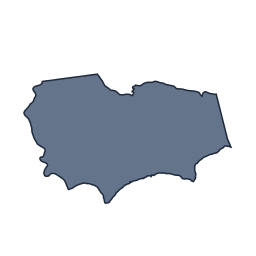 Saphire, Laborie, Saint Lucia, rotated 341°
{"feature_id": "8701671B62248544319556", "entity_name": "Saphire", "entity_type": "district", "adm_level": 2, "iso_a3": "LCA", "parent_name": "Saint Lucia", "parent_adm1": "Laborie", "projection": "orthographic", "projection_center": [-61.013, 13.757], "detail": "fine", "context": "isolated", "style": "filled", "palette": "slate", "viewbox_px": 256, "rotation_deg": 341, "n_neighbors": 0, "source": "geoboundaries", "source_scale": "gbopen_adm2", "svg_char_len": 5814}
<svg xmlns="http://www.w3.org/2000/svg" viewBox="0 0 256 256"><g transform="rotate(341 128 128)"><path d="M222.4,124.7L220.7,124.3L219.0,123.2L216.6,122.0L215.2,120.8L214.8,120.4L213.8,119.6L213.3,119.0L212.8,118.8L211.3,119.0L210.9,119.1L209.9,120.0L209.4,120.5L208.8,121.4L208.2,122.1L207.9,121.3L207.4,120.5L207.2,119.4L206.8,117.8L206.5,117.4L206.3,117.2L205.8,116.8L203.2,115.0L202.1,114.5L200.0,113.5L198.5,112.8L196.8,112.0L195.3,111.1L194.3,110.4L192.2,109.0L190.2,108.1L186.8,106.7L185.0,103.4L182.2,101.7L181.0,101.0L180.0,100.3L178.5,99.5L177.8,99.0L177.2,98.5L176.7,97.8L176.1,97.2L174.0,96.1L173.7,95.9L172.3,95.0L170.5,93.6L169.9,93.2L168.5,92.6L168.0,92.6L166.9,92.7L165.9,92.8L165.4,92.8L164.6,92.2L163.5,92.1L162.7,91.5L161.1,91.1L158.9,91.0L157.5,91.0L155.6,91.6L154.8,91.9L153.9,91.9L152.8,91.9L151.2,91.1L149.8,90.4L149.1,89.9L148.3,90.5L147.2,90.6L146.5,90.4L145.9,90.7L145.4,91.5L145.8,92.2L146.6,92.8L145.6,93.7L144.4,94.2L143.7,95.0L144.6,95.5L144.9,96.1L144.9,96.6L144.0,97.5L142.9,98.9L140.3,96.7L139.0,96.1L137.0,95.4L133.9,95.0L133.2,94.8L131.8,94.1L130.9,93.7L129.4,90.8L128.8,89.6L127.4,88.4L126.0,87.6L125.5,87.2L124.1,86.9L122.7,84.4L119.7,80.2L119.0,75.3L118.0,72.0L117.5,70.2L116.6,67.1L62.2,56.1L61.9,56.6L61.4,57.5L60.8,58.0L60.3,58.2L59.7,58.4L58.5,58.6L56.8,58.6L54.0,58.4L53.3,58.5L52.8,58.7L52.1,59.0L51.0,59.8L50.8,60.4L50.7,60.9L50.7,61.4L51.2,63.5L51.6,64.6L51.7,65.0L51.7,65.8L51.7,66.4L51.6,66.8L51.3,67.4L51.1,67.7L50.4,68.4L49.5,69.1L48.8,69.8L48.2,70.6L47.3,71.7L46.8,72.2L46.4,72.4L44.8,73.1L44.1,73.3L43.7,73.4L43.3,73.5L42.8,74.0L41.7,75.0L40.7,75.6L39.2,76.6L38.8,76.7L37.7,77.4L36.3,78.1L35.6,78.5L35.1,79.1L34.8,79.4L34.7,79.7L34.5,80.1L34.5,80.8L34.5,81.4L34.8,82.6L35.2,83.5L35.7,84.2L35.9,84.6L36.8,86.7L37.0,87.7L37.1,88.9L37.2,90.0L37.3,91.1L37.3,91.8L37.1,93.8L37.1,95.9L37.0,96.5L36.5,98.4L36.0,100.2L35.9,101.0L35.9,104.2L35.9,105.0L35.9,106.6L36.0,107.4L36.1,108.0L36.3,109.3L37.0,112.8L37.1,113.4L37.3,113.7L38.2,115.2L39.0,116.1L39.6,117.1L40.3,117.6L40.6,118.0L41.9,119.6L42.4,120.6L42.5,121.7L42.1,122.9L41.7,123.2L41.3,123.7L40.1,125.4L39.2,126.7L38.3,127.3L37.6,127.4L36.5,127.2L35.8,127.2L35.3,127.4L34.8,128.1L34.7,129.3L34.9,130.2L35.8,131.7L36.9,132.5L38.1,133.6L39.4,134.7L39.8,135.6L39.9,136.7L39.6,137.4L37.4,138.9L35.6,140.5L34.4,142.1L33.9,143.0L33.6,144.4L33.7,145.5L34.0,146.3L34.9,147.0L36.2,147.4L37.2,147.5L38.6,146.9L39.6,146.3L40.6,146.1L41.8,146.3L43.2,146.9L44.2,147.6L45.2,148.7L46.6,150.4L47.3,151.4L49.6,154.4L50.1,155.3L50.9,157.1L51.3,160.0L51.3,161.7L51.6,166.0L51.6,166.6L51.7,166.8L53.1,166.8L54.3,166.8L55.5,166.8L56.5,166.6L57.2,166.3L59.1,165.9L60.2,165.6L61.9,165.6L62.4,165.5L63.3,165.4L64.1,165.5L66.3,165.5L68.7,165.8L69.4,166.1L69.8,166.3L70.6,167.0L71.0,167.2L71.5,167.2L73.5,168.2L74.0,168.5L74.7,169.0L75.4,169.8L75.9,170.2L77.3,170.9L77.7,171.3L78.3,172.2L78.5,172.4L79.0,172.8L79.5,173.3L79.6,173.6L80.0,174.3L80.0,174.9L80.5,176.6L80.7,177.4L81.1,179.0L81.2,179.5L81.5,180.5L81.8,181.1L82.2,182.2L82.5,182.8L82.6,183.2L82.6,184.1L82.6,184.6L82.5,185.1L82.3,185.3L82.2,185.5L82.1,185.9L82.2,186.6L82.2,187.2L82.2,187.7L82.1,188.1L82.0,188.9L81.8,190.4L81.8,191.0L82.0,191.5L82.7,191.9L85.6,192.3L85.9,192.2L86.3,192.0L86.4,191.6L86.6,191.4L86.8,191.4L87.6,190.9L88.0,190.6L88.3,190.5L88.7,190.4L90.3,189.1L91.2,188.4L91.4,188.3L91.8,188.2L92.6,187.9L93.7,187.3L94.7,186.6L95.1,186.2L95.4,185.7L96.1,185.2L96.3,185.1L97.2,185.0L99.1,184.0L100.3,183.4L102.1,182.8L102.8,182.8L104.4,182.1L104.6,182.0L105.1,181.7L105.8,181.3L106.3,181.1L107.0,181.1L107.6,181.0L108.6,180.9L109.7,180.8L110.1,180.9L111.3,180.9L111.6,180.9L111.8,180.7L112.0,180.2L112.2,179.5L112.4,179.5L112.6,179.6L112.8,179.8L112.9,180.0L113.1,180.2L113.5,180.3L113.8,180.3L114.6,179.9L116.4,179.9L119.1,180.3L121.6,180.1L122.4,179.9L122.7,179.9L122.9,179.9L123.7,180.2L124.1,180.4L124.4,180.4L124.9,180.3L125.2,180.2L125.5,180.3L125.8,180.4L126.3,180.9L126.6,180.9L126.9,180.4L127.0,180.4L128.3,180.1L128.6,180.1L129.1,180.3L129.5,180.2L130.0,179.9L130.4,179.8L130.9,179.8L131.4,179.8L132.0,179.9L132.9,180.2L133.4,180.5L133.8,180.8L133.8,181.0L133.9,181.4L134.1,181.5L134.2,181.4L134.5,181.1L134.9,180.3L135.0,180.2L135.4,180.2L135.6,180.3L136.3,180.9L136.8,181.2L137.1,181.3L137.9,181.1L138.4,180.8L138.8,180.7L139.6,180.6L140.1,180.5L140.8,180.5L141.3,180.5L143.0,180.7L143.9,181.0L144.3,181.2L144.8,181.5L146.6,182.0L148.0,182.6L148.9,183.3L149.9,183.8L151.0,184.1L151.4,184.3L152.1,184.5L153.5,185.2L154.2,185.7L156.5,187.4L157.4,187.9L158.9,188.6L160.6,189.3L161.2,189.9L161.8,190.5L162.1,191.1L162.5,192.5L162.8,193.1L163.2,193.7L163.5,193.9L163.9,194.1L164.3,194.3L164.6,194.5L165.1,194.7L166.3,194.9L166.6,195.0L168.2,195.8L169.4,196.4L169.9,196.9L170.3,197.4L170.7,198.1L170.8,198.5L171.2,199.1L171.6,199.4L172.0,199.8L172.5,199.9L172.8,199.8L173.1,199.3L173.6,198.8L174.2,198.6L174.4,198.3L174.7,198.1L175.1,197.9L175.5,197.3L175.6,197.1L175.8,196.9L176.0,195.8L176.2,195.6L177.1,193.8L177.3,193.1L177.1,192.3L177.1,191.7L177.1,191.2L177.3,190.3L177.5,189.0L177.7,188.5L178.2,187.6L178.4,186.2L178.5,185.9L178.8,185.8L179.2,185.4L179.3,185.1L179.6,184.6L180.7,183.9L181.5,183.9L181.8,183.9L182.1,183.9L182.9,183.3L183.6,182.8L185.0,182.1L185.5,181.9L186.2,181.8L189.4,180.6L190.0,180.5L190.9,180.3L191.3,180.3L193.5,180.1L194.4,180.0L194.6,180.0L195.4,179.9L196.4,179.8L197.9,179.9L198.3,180.0L200.0,180.2L200.8,179.9L201.1,179.9L202.7,180.3L204.0,180.3L204.4,180.3L205.0,180.0L205.4,179.7L205.6,179.5L205.9,179.5L206.3,179.5L206.6,179.3L207.0,178.9L207.5,178.6L209.0,178.0L211.5,177.7L212.6,177.1L212.9,176.8L213.7,176.7L214.1,176.7L214.6,176.7L215.0,176.9L215.5,177.2L216.1,177.7L216.5,177.9L217.5,178.3L218.3,179.0L218.6,179.2L219.1,179.6L218.5,170.5L222.4,124.7Z" fill="#64748b" stroke="#1e293b" stroke-width="1.5"/></g></svg>